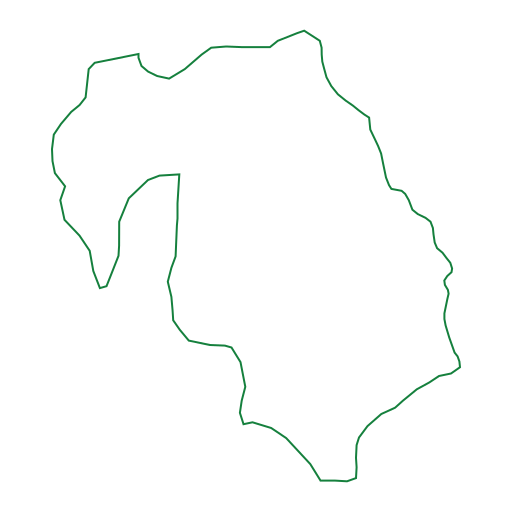 outline of Samcheok-si, Gangwon, South Korea
{"feature_id": "91817680B11339106619066", "entity_name": "Samcheok-si", "entity_type": "district", "adm_level": 2, "iso_a3": "KOR", "parent_name": "South Korea", "parent_adm1": "Gangwon", "projection": "equal_earth", "projection_center": [129.14, 37.249], "detail": "fine", "context": "isolated", "style": "outline", "palette": "green", "viewbox_px": 512, "rotation_deg": 0, "n_neighbors": 0, "source": "geoboundaries", "source_scale": "gbopen_adm2", "svg_char_len": 1702}
<svg xmlns="http://www.w3.org/2000/svg" viewBox="0 0 512 512"><path d="M138.5,54.0L94.7,62.8L88.7,69.1L85.6,97.4L79.6,105.0L71.2,111.9L61.0,123.9L53.8,134.6L52.0,149.1L52.5,161.1L54.9,173.1L65.1,186.3L60.3,200.2L64.5,219.8L79.5,235.6L89.7,250.8L93.3,271.0L99.9,288.1L106.5,286.2L111.3,274.1L118.5,255.8L119.1,245.7L119.2,221.7L128.8,198.3L148.0,180.0L159.5,175.6L179.3,174.4L177.5,203.4L177.5,218.5L176.9,225.5L175.6,256.4L171.4,267.8L167.8,281.7L171.4,296.9L172.6,310.8L173.2,320.3L179.8,329.8L188.8,340.6L209.9,345.0L224.9,345.6L231.5,347.5L240.5,362.1L245.3,386.8L241.7,400.7L239.9,412.8L243.4,423.8L243.5,424.2L252.5,422.3L271.2,428.0L286.2,438.1L310.3,464.1L320.1,479.9L320.5,480.6L335.0,480.6L347.0,481.3L356.0,478.1L356.6,467.3L356.0,457.8L356.6,445.1L359.0,437.5L367.5,426.1L381.3,414.0L395.1,407.7L402.9,400.7L416.8,389.3L429.4,382.4L439.0,376.0L451.0,373.5L460.0,367.2L459.4,361.5L457.6,356.4L454.6,352.6L449.2,337.4L445.6,325.4L444.4,319.0L444.4,313.4L447.4,298.8L448.6,293.7L447.9,289.9L444.9,284.9L444.3,280.5L447.3,276.0L451.5,272.2L452.1,268.5L450.3,262.8L446.7,258.3L442.5,252.7L437.1,248.2L434.7,242.5L433.5,234.3L432.9,228.0L430.5,221.7L425.6,217.9L417.8,214.1L412.4,209.7L408.8,200.2L405.2,193.9L401.6,190.8L391.4,188.9L389.0,185.1L386.0,177.5L383.0,163.0L381.1,153.5L378.1,146.0L375.7,140.9L370.3,129.6L369.1,117.6L364.3,114.5L358.3,110.0L352.9,105.6L345.7,100.6L337.9,94.3L331.3,86.1L326.5,77.3L324.1,68.5L322.3,61.6L321.7,54.6L321.6,47.7L319.8,40.8L304.2,30.7L297.0,33.2L277.8,40.8L270.0,47.1L253.8,47.1L241.2,47.1L226.2,46.5L211.2,47.7L201.6,54.6L184.8,69.1L169.1,78.6L157.1,76.0L148.1,71.6L141.5,66.0L138.5,57.8L138.5,54.0Z" fill="none" stroke="#15803d" stroke-width="2"/></svg>